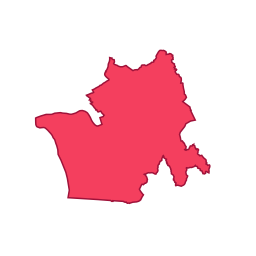 the district of Musi Banyuasin, Sumatera Selatan, Indonesia, rotated 198°
{"feature_id": "22746128B84212736337013", "entity_name": "Musi Banyuasin", "entity_type": "district", "adm_level": 2, "iso_a3": "IDN", "parent_name": "Indonesia", "parent_adm1": "Sumatera Selatan", "projection": "orthographic", "projection_center": [103.65, -2.496], "detail": "fine", "context": "isolated", "style": "filled", "palette": "rose", "viewbox_px": 256, "rotation_deg": 198, "n_neighbors": 0, "source": "geoboundaries", "source_scale": "gbopen_adm2", "svg_char_len": 5754}
<svg xmlns="http://www.w3.org/2000/svg" viewBox="0 0 256 256"><g transform="rotate(198 128 128)"><path d="M163.5,43.2L134.8,50.6L123.7,53.3L122.1,53.7L120.9,53.2L119.7,53.6L119.9,54.2L109.7,56.8L109.3,56.8L109.0,56.5L107.6,56.5L107.2,56.9L106.8,57.0L105.5,56.2L103.7,57.0L103.4,56.8L100.5,58.9L97.0,60.4L95.4,61.5L94.4,62.5L94.2,63.2L93.8,63.4L93.2,67.4L92.8,68.5L92.7,69.3L93.7,69.7L96.9,72.0L98.3,73.4L98.0,74.7L97.6,78.0L97.3,78.8L96.7,78.9L95.9,78.8L95.4,79.6L95.2,80.4L94.0,81.0L93.8,81.7L93.2,82.6L93.7,84.3L93.5,84.8L95.1,87.2L95.6,87.4L96.1,88.0L97.0,88.6L98.2,89.0L97.6,89.5L96.8,89.7L95.9,90.9L94.7,91.8L93.5,92.0L91.5,92.9L90.3,93.0L88.2,92.6L87.2,92.8L87.1,94.1L86.6,94.8L86.3,96.5L86.6,97.4L87.3,98.4L87.4,99.7L87.3,100.2L87.9,101.0L87.9,101.5L87.6,102.9L87.3,103.1L87.1,103.5L87.4,104.2L87.2,104.9L87.3,106.1L86.5,106.6L86.3,107.3L85.8,107.9L86.4,109.3L86.2,110.4L86.0,110.7L86.2,111.2L85.8,111.6L86.1,112.3L85.9,112.7L85.5,112.4L84.1,110.4L83.0,110.4L82.7,110.2L81.8,110.2L81.7,109.8L82.0,109.3L81.9,108.8L81.7,108.5L81.0,108.2L80.8,108.0L80.6,107.5L80.7,107.1L80.5,106.8L80.0,106.8L79.9,106.0L79.2,106.0L78.7,105.3L78.6,104.8L78.4,104.7L76.9,104.7L76.6,104.1L75.8,103.7L75.6,103.2L74.9,102.6L74.3,101.4L74.0,101.3L73.8,100.9L73.6,99.9L73.1,99.4L72.6,97.9L70.6,97.3L69.2,95.9L68.9,94.1L69.1,93.7L68.8,93.0L68.8,92.7L68.6,92.6L68.4,93.1L67.4,91.7L66.9,91.4L66.7,90.8L65.9,90.5L65.7,90.7L65.4,90.6L65.3,90.1L65.2,88.4L64.7,87.9L64.5,88.0L64.2,88.6L63.8,88.6L62.9,89.0L59.4,89.1L57.6,90.8L57.0,91.7L56.7,92.8L56.7,94.6L56.3,96.6L56.8,97.8L56.5,98.8L56.4,100.8L56.6,101.0L57.7,101.3L58.1,101.6L59.4,103.9L59.4,105.0L59.2,105.6L59.2,106.1L59.5,107.4L60.0,107.7L60.1,108.3L59.8,108.4L59.2,108.3L58.8,108.6L58.4,108.6L57.7,109.0L57.0,109.6L55.3,110.1L53.2,111.7L52.4,113.2L51.8,112.6L50.3,112.8L49.7,112.3L49.4,111.5L49.0,111.3L48.1,111.4L46.9,111.4L46.4,110.8L46.3,110.1L46.0,109.9L45.4,110.1L44.9,109.9L44.5,110.0L44.2,109.9L43.8,109.1L43.1,108.5L42.7,107.8L42.2,108.0L41.4,107.8L40.3,108.8L40.2,109.1L40.7,110.2L40.7,110.6L40.5,110.8L39.5,110.9L38.7,110.5L37.2,110.3L37.4,111.5L38.3,113.6L38.2,116.4L38.7,117.7L39.1,118.0L39.4,118.0L40.6,117.1L41.6,117.8L42.5,117.7L42.7,118.1L42.2,118.5L42.3,119.3L43.2,119.7L43.2,120.1L43.5,120.4L43.6,121.1L44.2,122.0L46.2,122.7L48.3,123.9L49.4,124.8L50.5,124.2L51.4,123.8L51.9,124.3L53.3,124.6L53.8,124.9L54.0,125.4L53.9,126.3L54.3,127.7L54.1,128.9L54.6,129.5L55.6,129.6L55.8,129.5L56.0,128.8L56.5,129.1L57.1,129.0L57.3,129.2L57.3,129.7L57.9,129.9L58.4,130.4L58.8,131.5L59.3,131.8L60.1,131.9L60.4,132.7L60.6,132.3L61.0,132.3L61.4,132.0L61.2,131.1L61.6,130.9L61.8,130.6L62.7,130.4L63.2,130.1L63.2,129.5L63.5,128.5L63.5,127.1L64.1,126.1L65.0,125.8L65.8,124.8L66.8,124.7L67.4,125.1L66.9,125.6L66.6,126.1L67.0,128.3L68.1,128.9L69.7,130.8L70.2,131.1L70.5,131.1L70.6,131.3L71.0,131.3L71.1,131.6L72.3,132.5L73.4,132.0L74.4,133.4L75.2,135.0L77.0,137.8L77.0,140.1L74.5,147.0L74.3,149.9L70.7,153.9L66.5,156.3L73.9,164.0L73.5,164.3L74.8,165.6L75.6,167.1L84.1,170.0L82.6,172.7L81.9,175.2L83.6,177.2L84.9,177.7L85.7,179.9L87.4,182.7L89.1,186.0L89.6,187.5L90.1,187.6L91.7,187.0L92.0,189.8L92.5,191.2L93.0,192.1L93.7,192.6L94.7,192.7L95.0,192.9L96.1,194.4L96.9,194.6L98.2,194.1L100.2,195.7L100.7,196.6L100.6,197.0L99.9,197.7L99.8,198.6L100.6,199.0L101.3,198.6L102.0,198.5L102.1,201.1L102.3,201.2L102.6,200.9L102.5,201.3L103.5,202.5L103.7,203.3L104.4,203.3L106.8,204.2L107.0,205.1L107.6,206.0L106.9,207.0L106.3,207.2L106.4,207.6L107.0,208.2L106.9,208.8L107.1,209.4L108.2,210.0L107.9,211.0L108.5,211.1L109.3,211.5L110.1,211.8L111.4,211.7L111.7,211.5L111.8,211.0L112.1,210.7L112.8,210.6L114.4,209.7L115.1,211.8L115.5,212.3L117.1,212.7L118.2,212.8L118.9,212.4L120.9,212.0L121.8,211.5L122.5,210.0L123.4,205.8L123.5,204.9L122.9,204.2L122.8,203.8L122.9,202.8L123.0,202.7L123.0,202.4L123.7,200.8L124.3,200.4L124.4,200.1L123.9,199.0L124.2,198.6L124.8,198.2L125.7,197.9L126.2,197.3L126.2,196.7L126.5,196.2L127.0,196.0L128.2,194.7L128.6,194.5L128.9,193.9L129.5,193.3L130.7,192.8L131.7,193.1L134.1,192.2L134.5,191.6L134.4,190.7L134.6,189.7L135.4,189.2L136.2,187.1L136.8,186.6L137.0,186.2L138.0,186.1L139.9,185.2L141.0,184.1L147.8,186.2L148.9,186.8L149.5,186.7L151.9,184.7L153.9,183.9L156.2,183.8L157.5,184.2L160.7,184.3L161.6,185.0L161.3,186.2L161.3,186.7L162.2,188.6L162.4,188.7L163.1,188.5L163.7,188.5L165.1,189.1L165.0,189.5L167.2,189.3L166.8,188.3L166.5,187.1L166.3,185.7L166.5,182.7L165.9,180.1L166.1,177.1L166.8,175.1L166.7,174.4L166.4,174.4L166.8,173.8L166.9,173.1L166.8,172.1L166.6,171.6L166.1,170.9L165.4,170.4L164.0,169.6L161.2,168.5L161.1,167.6L162.8,165.9L163.6,164.7L165.2,163.0L166.7,160.5L167.7,160.0L168.3,158.8L169.7,157.3L171.2,155.8L171.8,154.9L173.7,153.2L171.7,151.4L172.0,150.9L172.7,150.2L173.5,149.9L175.9,147.7L177.7,146.3L177.3,145.9L176.3,145.8L175.4,145.3L172.9,144.5L173.4,142.7L171.9,142.9L171.8,141.4L169.7,141.7L169.6,141.2L171.1,139.5L169.7,139.1L168.3,138.4L166.0,136.7L165.3,136.5L164.1,135.2L163.5,135.7L162.5,134.7L161.4,134.0L159.1,135.6L157.4,134.1L154.7,132.8L155.0,132.2L155.0,131.3L157.9,129.2L153.9,123.4L154.2,123.1L157.1,120.7L158.3,120.3L159.5,120.5L160.7,120.9L163.1,122.4L165.0,124.0L167.1,126.4L169.5,128.5L171.1,129.7L172.0,130.1L174.1,130.6L176.9,130.5L179.0,129.6L179.5,129.2L182.2,126.2L184.9,124.3L186.2,123.5L187.9,123.1L190.9,122.9L194.6,122.0L197.1,121.7L202.3,119.4L204.6,117.5L205.6,117.1L210.1,115.6L214.6,112.5L218.5,109.4L218.9,108.9L217.5,104.8L216.6,102.6L215.3,101.2L214.4,101.0L211.9,100.9L208.5,102.4L207.8,102.5L206.6,102.4L203.8,101.2L199.3,98.6L197.8,97.5L196.1,95.6L194.5,94.6L193.8,93.9L191.8,91.0L190.4,89.3L188.0,85.6L186.3,81.3L181.7,76.6L174.6,68.1L173.3,66.5L170.0,61.2L164.6,50.7L163.5,43.2Z" fill="#f43f5e" stroke="#9f1239" stroke-width="1.5"/></g></svg>